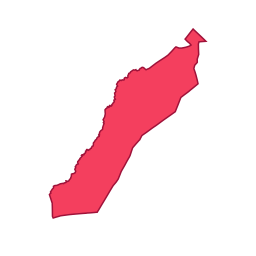 Chingeltei, Ulaanbaatar, Mongolia, rotated 227°
{"feature_id": "93677404B82424679119266", "entity_name": "Chingeltei", "entity_type": "district", "adm_level": 2, "iso_a3": "MNG", "parent_name": "Mongolia", "parent_adm1": "Ulaanbaatar", "projection": "equal_earth", "projection_center": [106.895, 48.027], "detail": "fine", "context": "isolated", "style": "filled", "palette": "rose", "viewbox_px": 256, "rotation_deg": 227, "n_neighbors": 0, "source": "geoboundaries", "source_scale": "gbopen_adm2", "svg_char_len": 4002}
<svg xmlns="http://www.w3.org/2000/svg" viewBox="0 0 256 256"><g transform="rotate(227 128 128)"><path d="M138.3,244.1L141.3,244.0L152.6,243.3L156.0,243.1L155.5,239.4L154.3,232.1L154.1,230.4L151.8,230.4L150.2,230.5L148.2,230.8L145.7,230.7L145.9,229.4L146.0,228.8L147.5,225.6L148.7,223.6L149.4,222.5L149.8,221.8L151.7,219.8L154.6,218.4L154.7,216.9L154.3,212.6L154.0,206.9L154.5,203.1L154.7,202.0L155.7,196.3L156.3,192.6L157.1,184.3L157.8,182.4L158.3,180.9L158.7,180.8L160.0,180.7L161.3,180.6L162.3,180.2L162.9,179.3L162.9,178.1L163.2,177.6L163.1,176.4L162.7,175.8L163.6,173.7L164.5,173.3L165.3,173.6L165.8,172.4L165.9,172.2L166.8,171.6L167.3,168.1L166.9,167.4L167.4,165.7L166.8,165.1L166.7,164.5L166.6,163.9L166.3,163.6L165.2,162.5L165.3,161.5L166.6,160.8L166.9,159.9L166.9,159.1L166.1,158.4L165.9,157.9L166.5,157.0L167.2,156.6L167.4,155.3L167.8,155.2L168.6,154.8L168.4,153.0L168.4,152.7L168.6,152.0L168.1,150.9L167.8,149.5L167.3,149.3L166.5,149.2L166.3,149.2L165.7,148.9L165.8,148.3L165.6,147.2L165.0,146.8L164.7,146.0L164.8,144.8L163.4,144.2L163.0,144.0L162.7,143.1L162.7,142.0L160.7,140.8L160.2,140.3L160.1,139.2L159.6,138.9L158.8,138.5L157.7,138.4L157.7,137.5L158.0,136.7L157.3,136.2L156.7,136.0L156.5,135.6L156.5,134.2L156.1,133.2L156.2,132.5L156.0,131.9L155.4,131.5L155.4,131.4L155.6,130.3L156.8,130.2L157.0,129.9L156.6,129.4L156.1,128.5L156.3,127.9L156.9,128.0L157.2,128.1L157.5,127.7L157.4,126.9L156.9,126.0L157.0,125.8L157.1,125.3L157.2,124.6L157.0,124.2L157.0,123.6L154.7,121.7L153.8,121.0L152.0,118.4L151.1,115.5L150.6,115.4L150.2,115.1L149.2,115.0L148.8,114.4L148.7,113.6L147.7,113.6L146.8,111.9L145.5,109.6L144.5,108.7L144.4,107.2L144.6,106.4L144.3,104.4L143.8,103.9L143.5,103.2L142.6,102.6L143.0,101.9L142.8,101.7L142.1,101.9L141.5,101.2L142.0,99.7L141.9,98.8L141.9,98.5L141.3,97.5L141.3,97.0L141.4,95.7L141.1,94.9L140.8,94.1L140.8,93.1L140.6,92.4L139.4,91.3L138.8,90.5L138.7,89.8L139.1,89.4L139.0,89.1L138.6,88.1L138.2,87.3L138.5,86.9L138.6,86.7L138.5,86.0L138.4,85.5L138.3,85.2L138.8,84.8L138.8,84.3L138.7,83.8L139.0,83.6L140.0,83.5L140.3,83.4L140.4,82.9L139.8,82.1L140.0,81.1L139.3,80.8L138.8,79.7L139.1,78.9L139.2,78.5L138.6,77.9L138.5,77.3L139.4,76.7L139.8,76.0L139.7,75.3L139.4,75.4L138.7,75.4L138.5,73.6L138.5,72.0L137.9,71.3L138.0,70.3L138.0,70.0L137.7,69.6L137.7,69.3L137.8,68.5L137.3,67.8L136.1,67.3L135.7,67.1L136.2,65.9L136.2,64.9L135.8,64.2L135.7,63.1L134.6,62.6L134.5,62.4L134.5,62.0L134.3,61.4L134.0,60.9L132.1,60.3L132.0,60.2L131.8,59.8L131.3,58.7L131.6,58.2L131.6,57.4L132.5,56.0L132.8,55.2L132.2,54.5L131.3,53.6L130.8,52.4L130.3,51.7L130.1,49.8L129.7,48.4L129.8,48.2L130.0,47.4L130.6,47.3L131.2,46.9L131.6,46.6L130.6,46.0L130.5,45.4L130.9,44.6L131.2,44.1L131.4,43.8L131.2,43.1L131.7,42.6L132.1,42.4L133.3,40.5L133.5,40.0L133.9,38.6L134.6,36.8L135.4,35.8L136.0,34.9L136.2,33.7L135.9,33.5L135.4,33.1L135.0,32.6L134.9,31.6L134.9,30.8L134.5,29.5L134.1,27.7L133.0,27.2L133.1,26.6L132.9,25.1L132.4,24.9L127.7,22.7L125.8,21.8L124.8,21.4L123.6,20.3L122.2,19.1L118.2,15.5L115.7,13.2L114.9,12.5L113.2,11.9L111.8,14.8L110.4,17.5L109.8,18.8L104.9,25.7L102.4,29.0L98.0,34.6L96.5,36.5L94.3,39.2L93.7,40.1L91.8,42.4L89.6,45.2L88.0,47.3L87.4,48.0L87.8,49.4L88.1,50.6L89.4,55.0L91.0,60.6L93.1,67.8L94.3,71.8L95.8,77.1L96.0,77.9L96.5,82.2L96.7,83.2L97.4,86.2L97.7,86.8L99.5,90.6L100.8,93.3L101.3,94.8L102.9,100.0L104.7,105.3L106.0,109.6L106.3,110.2L106.5,110.8L108.6,114.6L110.0,117.2L110.4,118.0L110.5,119.0L111.0,123.4L111.4,127.7L111.4,128.7L111.8,129.6L113.0,133.0L112.9,133.9L112.2,138.8L111.4,145.7L110.5,151.8L109.6,159.7L108.3,169.0L107.7,173.7L108.9,176.2L110.5,179.6L111.7,182.1L113.3,185.4L114.3,187.5L114.0,190.8L113.3,197.1L113.2,199.8L113.0,202.1L112.6,208.8L112.6,209.4L116.0,211.4L120.2,213.7L120.4,213.8L123.0,215.1L126.6,216.7L127.5,218.2L128.4,219.6L128.7,223.2L128.8,223.5L130.5,225.0L131.1,225.5L132.3,227.6L133.2,229.2L133.5,229.8L137.7,233.4L140.8,236.2L141.4,236.7L142.6,238.7L140.8,241.0L138.3,244.1Z" fill="#f43f5e" stroke="#9f1239" stroke-width="1.5"/></g></svg>